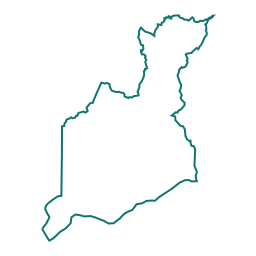 outline of Guayama, Puerto Rico
{"feature_id": "32010507B40723553467953", "entity_name": "Guayama", "entity_type": "district", "adm_level": 2, "iso_a3": "PRI", "parent_name": "Puerto Rico", "parent_adm1": "", "projection": "natural_earth1", "projection_center": [-66.125, 18.011], "detail": "fine", "context": "isolated", "style": "outline", "palette": "teal", "viewbox_px": 256, "rotation_deg": 0, "n_neighbors": 0, "source": "geoboundaries", "source_scale": "gbopen_adm2", "svg_char_len": 2937}
<svg xmlns="http://www.w3.org/2000/svg" viewBox="0 0 256 256"><path d="M101.3,82.7L95.8,95.1L92.7,102.8L90.5,103.2L90.0,103.5L89.5,104.0L86.6,107.6L87.6,111.2L85.2,112.6L83.5,111.5L78.5,113.0L77.4,115.7L76.3,115.6L75.1,117.6L72.2,118.3L71.0,117.3L69.2,118.7L67.3,119.2L66.1,120.3L66.1,121.7L64.7,123.0L64.1,126.1L62.1,126.2L62.0,127.5L61.9,154.2L61.8,161.7L61.6,177.1L61.5,184.8L61.4,195.9L58.1,196.2L53.0,199.5L49.0,202.6L48.0,203.4L46.5,205.1L45.2,207.9L45.3,209.2L47.2,213.4L48.8,215.9L49.4,217.4L46.5,223.1L42.8,228.0L42.5,229.6L47.9,238.6L49.3,240.6L53.3,238.4L59.9,232.0L65.8,228.3L70.6,223.3L71.5,217.2L75.5,214.5L79.3,215.1L79.6,215.1L84.2,216.4L90.0,216.1L90.9,216.1L92.3,216.6L94.6,217.3L95.1,217.4L96.8,218.1L103.5,220.7L104.1,220.9L106.5,222.3L108.6,223.5L109.0,223.5L112.4,223.3L113.5,223.3L119.9,218.4L120.1,218.2L123.0,215.1L124.6,213.5L128.9,211.3L129.2,211.2L132.2,210.0L133.7,208.1L136.6,204.2L141.8,203.4L146.3,201.0L151.5,200.5L154.8,200.8L159.3,197.0L162.4,194.9L169.0,190.6L171.8,188.8L179.8,182.5L185.3,180.1L189.3,180.1L191.2,181.4L192.6,181.4L196.8,181.2L195.9,178.4L195.9,177.7L195.9,175.1L196.5,173.4L196.9,171.9L194.4,165.7L194.9,156.5L195.0,153.4L195.1,152.0L195.1,150.9L195.1,148.7L193.4,146.0L191.5,145.8L190.7,143.7L190.5,140.8L189.6,141.2L187.0,139.3L185.5,136.1L184.8,129.3L183.0,126.2L181.1,126.2L178.5,123.7L175.4,120.2L175.2,116.6L171.8,115.5L175.7,112.3L177.5,112.6L178.6,110.6L181.2,109.2L184.6,105.1L184.6,102.8L181.5,99.7L180.7,97.7L181.8,95.3L179.5,90.7L180.5,89.1L181.3,84.7L180.1,83.1L177.5,75.5L178.9,72.1L179.0,70.0L181.6,67.1L182.6,67.8L185.7,66.5L187.7,62.5L186.8,60.6L187.6,58.9L185.7,54.6L186.6,53.7L191.7,52.9L192.2,51.9L196.6,48.0L198.4,49.2L199.6,46.5L200.9,45.2L202.6,42.2L204.6,37.4L206.6,35.1L206.7,32.5L205.8,30.3L206.4,29.5L206.1,25.7L205.3,24.5L206.8,23.1L208.6,19.2L211.5,17.9L213.5,15.7L212.5,15.8L210.6,17.5L209.3,17.7L206.5,19.9L205.8,19.5L202.7,21.1L200.2,20.7L198.1,22.1L195.4,21.8L194.0,20.9L193.7,18.7L192.9,17.9L192.2,17.4L188.8,20.6L186.8,19.7L184.1,19.5L182.4,18.1L180.9,18.0L179.1,16.7L179.1,15.6L176.8,15.4L173.0,15.8L171.6,17.0L171.4,18.6L169.6,18.6L170.6,18.4L169.5,16.3L168.6,16.2L168.1,17.7L166.1,17.3L165.4,18.8L164.4,18.3L164.3,21.0L163.0,22.4L161.8,22.8L161.3,25.0L157.8,24.3L158.0,25.5L158.0,26.5L155.6,29.8L154.2,33.9L154.3,35.8L150.8,33.4L145.0,31.5L140.8,27.6L139.1,31.0L139.1,32.9L139.0,35.0L138.1,37.3L139.2,39.3L139.6,40.2L141.0,44.8L143.0,45.3L143.4,48.6L142.3,50.8L141.1,50.2L141.0,52.0L142.0,54.3L143.7,54.3L145.7,56.1L144.9,57.7L146.2,59.6L145.3,62.0L147.1,68.3L145.0,68.9L145.1,70.3L143.9,71.2L144.2,74.7L143.4,77.6L141.9,80.9L139.4,84.6L139.2,87.8L137.6,91.8L138.6,94.4L138.6,95.1L138.4,95.5L133.6,96.2L132.0,97.6L129.4,97.1L128.2,98.1L126.7,97.2L124.7,96.6L124.1,93.6L123.3,92.9L120.4,92.5L118.9,91.7L117.2,92.1L113.8,91.4L111.6,90.5L110.0,87.3L109.4,84.0L106.7,83.0L104.9,83.5L101.3,82.7Z" fill="none" stroke="#0f766e" stroke-width="2"/></svg>